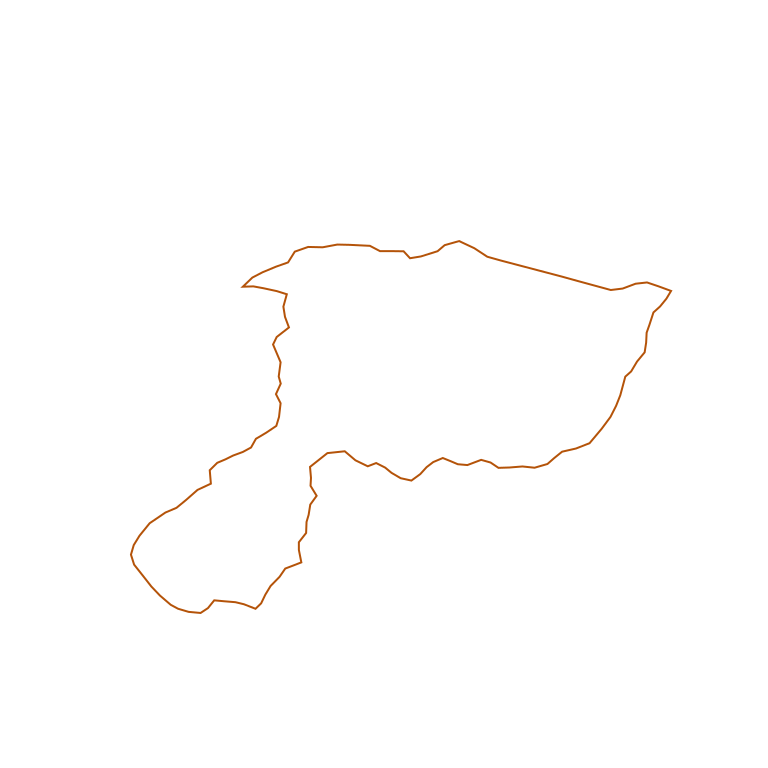 the district of Três Fronteiras, São Paulo, Brazil, rotated 67°
{"feature_id": "56859067B3080152432416", "entity_name": "Três Fronteiras", "entity_type": "district", "adm_level": 2, "iso_a3": "BRA", "parent_name": "Brazil", "parent_adm1": "São Paulo", "projection": "mercator", "projection_center": [-50.865, -20.277], "detail": "fine", "context": "isolated", "style": "outline", "palette": "amber", "viewbox_px": 768, "rotation_deg": 67, "n_neighbors": 0, "source": "geoboundaries", "source_scale": "gbopen_adm2", "svg_char_len": 1793}
<svg xmlns="http://www.w3.org/2000/svg" viewBox="0 0 768 768"><g transform="rotate(67 384 384)"><path d="M442.2,683.6L452.6,684.6L468.3,680.3L479.5,677.3L491.2,672.9L503.9,666.6L510.4,661.4L517.4,652.9L523.1,642.3L521.5,633.6L516.8,624.8L521.5,616.1L526.8,606.0L532.0,599.0L540.7,590.1L537.9,582.8L531.5,575.5L525.6,567.3L520.7,555.5L515.3,547.0L515.6,539.2L515.9,529.8L503.5,527.2L496.4,524.2L490.7,513.9L480.7,509.2L475.0,504.5L466.2,499.0L460.6,489.7L449.0,491.4L441.9,487.9L431.4,484.5L425.5,463.1L430.6,446.4L443.1,440.1L453.4,431.1L453.7,422.1L461.4,415.6L468.7,411.8L477.2,405.5L483.6,396.5L481.1,385.8L477.2,377.3L475.1,369.2L475.1,358.8L481.1,352.8L486.7,347.4L491.2,338.9L491.8,324.2L497.9,316.6L505.9,311.4L509.9,301.1L514.0,288.8L519.9,278.1L521.5,264.8L518.7,256.3L515.9,246.5L518.4,232.5L518.8,217.9L510.3,201.2L502.8,188.4L494.8,178.9L486.7,170.9L471.5,159.0L469.0,151.6L462.2,142.3L456.7,131.7L448.3,126.5L439.4,122.2L433.4,116.7L423.4,108.0L420.5,99.6L415.8,90.7L410.5,83.4L401.3,93.2L393.3,102.2L390.0,113.2L389.4,127.0L386.1,138.5L364.9,165.4L354.4,178.6L316.0,228.2L307.2,239.2L294.3,247.8L281.8,259.0L279.9,273.9L282.7,282.8L281.0,300.2L278.4,310.9L269.5,314.1L264.3,325.9L260.2,335.7L251.3,343.0L242.6,361.0L237.4,372.5L234.2,387.0L228.2,400.3L227.3,414.4L234.6,424.8L233.8,437.6L233.7,452.1L234.6,463.6L239.3,475.9L243.1,466.1L248.7,457.6L256.6,446.4L263.4,438.4L273.5,446.4L283.5,448.9L294.8,449.4L298.8,464.4L304.3,470.7L323.6,470.7L336.0,478.0L343.3,478.9L351.1,487.4L361.3,486.7L373.3,493.5L380.5,499.5L382.8,511.4L384.4,523.3L390.5,531.2L391.4,540.5L390.9,550.8L391.4,559.3L391.4,568.3L395.3,578.1L408.1,582.3L408.6,597.0L413.4,611.5L416.9,623.4L416.9,635.4L420.6,654.1L428.1,668.3L434.5,677.3L442.2,683.6Z" fill="none" stroke="#b45309" stroke-width="2"/></g></svg>